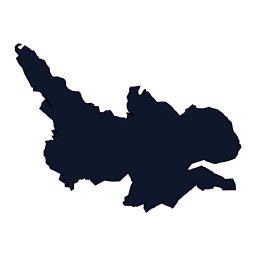 Tureni, Cluj, Romania
{"feature_id": "2599482B36645978156904", "entity_name": "Tureni", "entity_type": "district", "adm_level": 2, "iso_a3": "ROU", "parent_name": "Romania", "parent_adm1": "Cluj", "projection": "orthographic", "projection_center": [23.671, 46.648], "detail": "fine", "context": "isolated", "style": "filled", "palette": "ink", "viewbox_px": 256, "rotation_deg": 0, "n_neighbors": 0, "source": "geoboundaries", "source_scale": "gbopen_adm2", "svg_char_len": 5756}
<svg xmlns="http://www.w3.org/2000/svg" viewBox="0 0 256 256"><path d="M44.9,153.5L44.2,154.9L44.9,155.1L45.1,156.5L46.2,157.0L46.2,157.5L45.9,158.4L46.5,159.7L46.3,162.6L48.0,164.5L48.6,164.9L49.0,164.6L49.6,165.5L50.6,168.4L51.3,168.8L53.8,169.7L60.0,173.0L62.5,174.8L63.0,175.4L62.3,175.9L61.0,175.2L59.5,179.2L60.4,180.2L62.4,181.2L64.2,182.6L68.0,183.7L68.0,185.0L65.4,184.6L65.5,186.4L69.7,186.6L71.6,190.0L73.0,188.8L73.5,188.2L73.2,187.0L73.4,185.0L73.3,183.5L73.4,183.2L76.8,181.8L77.4,181.1L77.6,180.4L79.1,178.9L79.6,178.7L80.1,178.6L81.8,179.0L83.1,178.3L83.0,178.0L85.0,177.1L85.9,179.1L87.8,178.5L88.3,179.3L89.7,178.1L90.2,179.0L91.4,180.4L91.2,180.7L94.0,183.1L94.8,184.2L95.4,184.7L104.4,179.8L111.0,180.8L114.9,180.9L119.8,180.5L120.2,179.9L128.2,172.5L130.8,177.0L132.1,179.7L131.7,180.1L133.6,181.9L131.4,185.7L128.6,196.4L127.3,196.3L126.5,196.5L125.2,197.8L125.1,199.0L125.7,200.4L125.7,201.1L125.5,201.4L124.7,201.4L123.9,201.8L123.6,202.5L123.6,203.2L124.3,204.6L125.0,205.0L126.9,205.2L129.4,205.1L134.1,205.8L133.9,206.1L136.8,205.4L137.0,206.0L144.6,203.0L145.1,203.0L144.4,205.4L144.4,207.3L144.2,207.9L146.3,211.9L150.8,208.2L154.4,206.9L155.8,205.7L161.4,202.9L162.8,203.1L164.9,204.3L171.6,206.9L172.2,207.7L172.5,207.6L173.5,206.7L175.7,203.5L176.6,202.6L177.2,200.6L182.5,195.7L186.9,192.2L189.1,190.1L190.9,189.2L193.8,186.2L194.9,185.7L196.4,184.2L196.7,183.6L197.5,183.2L197.5,185.6L197.6,186.1L198.2,187.0L198.8,187.6L201.0,188.8L201.4,189.3L202.9,190.2L205.1,188.0L207.7,188.7L212.3,187.9L212.7,188.0L212.6,186.9L212.8,186.3L214.7,185.8L220.2,186.7L221.5,187.8L223.6,188.2L223.0,189.6L235.2,189.5L235.1,186.3L234.9,184.8L234.5,183.7L232.6,179.4L232.4,179.6L230.9,179.2L229.1,179.5L226.9,179.5L226.1,179.9L225.6,179.9L224.1,179.2L222.1,177.1L221.2,177.2L220.1,176.4L219.5,176.3L216.5,174.8L215.6,174.5L215.1,174.5L213.9,174.1L213.5,173.6L212.8,173.2L212.5,172.2L211.7,172.2L211.3,171.7L209.2,170.7L208.7,170.3L208.5,169.8L206.8,169.1L205.3,168.0L204.6,167.9L202.6,167.1L202.3,167.0L202.2,166.6L201.5,166.3L199.6,167.1L195.0,168.8L193.1,169.2L188.8,170.9L188.1,170.4L187.2,168.7L191.5,163.2L204.3,159.1L206.3,160.5L213.3,162.9L214.8,163.2L217.1,162.9L220.6,161.8L224.2,161.3L228.5,160.2L234.3,158.1L235.0,157.7L235.2,156.9L237.0,154.5L237.4,152.5L237.8,151.3L238.1,150.7L240.3,147.8L240.6,147.2L240.6,146.4L239.8,144.5L238.5,143.9L238.1,143.2L238.9,141.7L238.8,141.1L237.9,139.5L237.0,136.9L236.2,135.7L234.2,133.2L232.6,130.5L232.1,128.4L231.5,124.7L231.0,122.8L230.2,121.6L228.6,120.8L226.4,117.4L226.0,117.5L224.5,116.4L223.5,115.2L222.6,113.8L220.8,112.6L220.4,112.1L219.4,111.8L217.7,110.2L214.6,109.3L212.7,109.0L210.3,108.1L209.4,107.5L203.4,109.1L197.3,108.9L195.5,108.1L195.3,107.6L195.4,106.4L194.4,106.1L192.6,105.1L188.2,109.0L187.5,109.4L187.0,109.2L186.5,109.3L186.1,109.6L185.6,111.8L184.8,113.2L179.6,116.5L178.6,115.4L178.0,114.4L176.7,113.0L176.4,112.5L175.5,111.8L173.3,109.7L172.9,108.8L172.0,107.7L169.4,105.4L166.4,103.1L165.2,102.5L161.1,102.2L160.9,102.5L156.8,102.7L152.9,98.3L151.1,96.8L149.1,93.6L147.5,91.9L146.1,92.3L144.3,93.8L144.1,93.7L144.8,92.1L145.1,91.6L145.3,90.8L145.2,89.8L145.0,89.7L143.6,91.3L142.4,93.7L141.7,94.8L140.3,95.3L139.2,96.1L137.7,93.6L137.6,90.8L138.2,89.2L138.8,88.3L139.5,86.5L134.3,87.3L130.5,87.5L130.6,89.3L130.4,89.4L129.8,89.3L130.0,91.0L129.9,91.9L128.4,94.8L128.2,95.6L127.5,96.4L127.3,97.4L128.3,98.9L128.1,99.3L128.7,101.3L128.1,102.2L127.9,102.7L128.0,103.1L127.5,103.5L127.7,104.9L127.3,105.2L127.4,105.7L127.3,106.3L127.5,107.0L127.4,107.5L128.8,110.8L133.4,114.9L132.5,116.2L131.7,115.1L130.1,113.7L127.3,113.1L127.1,113.5L128.1,114.1L127.6,116.9L126.6,119.8L126.4,119.8L125.2,119.1L124.4,118.4L123.9,118.3L120.0,118.0L117.7,117.2L113.9,116.5L113.3,116.9L113.4,116.7L113.2,115.3L110.5,111.2L110.1,110.8L109.0,110.6L108.8,111.0L108.2,111.3L105.7,111.0L104.6,112.3L103.9,112.5L102.7,113.3L102.2,113.4L101.7,112.7L100.5,112.9L99.6,113.6L98.1,106.9L93.4,106.7L93.5,104.7L92.6,104.6L91.3,103.5L86.7,103.9L84.7,103.1L82.8,100.3L82.0,99.3L81.6,98.0L81.0,97.2L80.7,96.3L80.8,95.4L80.1,94.3L79.6,92.8L78.0,92.0L74.5,91.9L71.8,91.4L68.0,89.3L66.1,87.0L65.5,85.9L65.3,85.1L65.4,82.4L65.2,81.4L64.3,80.0L63.5,79.2L62.8,78.8L60.1,78.1L57.2,77.1L53.8,77.5L51.6,76.2L51.2,75.7L50.7,74.4L49.4,72.3L49.2,71.4L49.1,69.5L48.7,68.0L46.6,65.6L45.8,64.2L44.6,61.5L44.0,60.9L43.2,60.5L40.5,59.4L39.4,59.3L38.7,58.9L37.8,57.3L36.0,55.5L35.3,53.8L33.7,51.5L33.2,51.2L31.3,51.0L29.2,49.0L24.9,46.1L23.0,48.0L21.3,50.3L18.5,49.1L17.3,47.9L16.9,46.9L17.0,46.5L18.8,45.2L20.7,44.7L20.2,44.4L19.4,44.5L18.6,44.1L18.2,44.2L18.0,44.3L18.1,44.7L16.6,45.5L15.6,46.6L15.4,47.7L15.9,50.3L15.6,50.6L19.8,55.8L16.7,58.3L19.4,63.6L22.9,67.7L23.8,70.0L24.9,73.3L26.9,76.9L27.4,78.2L28.7,80.1L31.6,86.0L32.2,86.8L34.5,86.9L34.6,87.2L33.9,87.8L33.8,90.7L34.5,90.5L36.3,90.9L38.0,90.8L40.1,91.4L41.1,92.2L42.4,93.7L42.8,95.4L43.6,96.2L44.8,97.1L45.4,98.2L46.2,99.1L47.5,100.1L48.3,101.6L51.8,106.0L51.5,106.5L50.8,106.2L49.8,104.7L48.2,103.0L45.7,99.8L44.0,101.2L43.4,102.0L42.5,102.8L42.0,104.5L41.8,105.8L40.7,107.7L40.4,108.0L40.1,108.4L42.5,110.4L43.9,111.9L45.7,113.1L48.2,115.7L50.5,117.5L51.2,118.4L52.4,119.0L53.3,119.8L54.4,123.7L54.4,124.5L54.2,125.3L56.2,131.3L55.5,131.2L54.4,130.4L52.8,130.6L52.2,130.9L53.2,132.3L54.1,134.3L55.9,136.2L55.3,136.3L54.7,136.0L54.4,136.2L52.6,136.3L55.0,140.5L53.9,140.4L53.8,140.9L53.4,141.1L52.4,140.7L51.0,140.4L50.3,140.6L49.7,141.0L49.5,141.6L48.9,141.7L48.9,141.3L48.3,141.2L46.9,141.3L45.8,141.9L47.1,143.7L47.0,144.1L46.6,144.5L46.8,145.0L46.2,145.6L46.1,147.0L45.7,147.5L45.6,148.9L45.2,150.1L44.5,150.5L45.0,151.0L44.5,151.6L44.8,151.6L44.9,152.3L44.7,152.9L44.4,153.2L44.9,153.5Z" fill="#0f172a" stroke="#020617" stroke-width="1.5"/></svg>